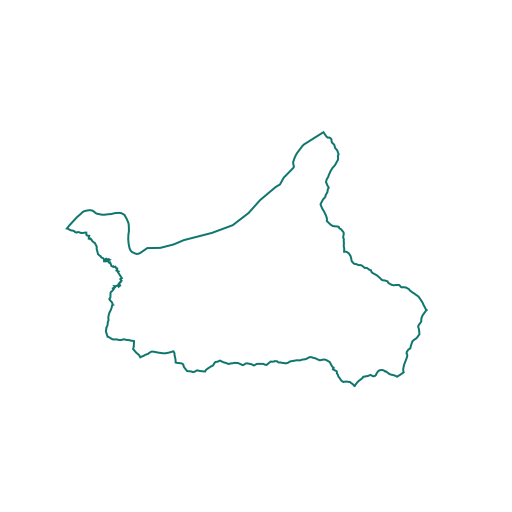 the district of Hangu, Neamt, Romania, rotated 115°
{"feature_id": "2599482B88433775454679", "entity_name": "Hangu", "entity_type": "district", "adm_level": 2, "iso_a3": "ROU", "parent_name": "Romania", "parent_adm1": "Neamt", "projection": "robinson", "projection_center": [26.068, 47.052], "detail": "fine", "context": "isolated", "style": "outline", "palette": "teal", "viewbox_px": 512, "rotation_deg": 115, "n_neighbors": 0, "source": "geoboundaries", "source_scale": "gbopen_adm2", "svg_char_len": 6093}
<svg xmlns="http://www.w3.org/2000/svg" viewBox="0 0 512 512"><g transform="rotate(115 256 256)"><path d="M391.9,356.4L391.7,356.0L391.7,355.2L392.0,352.9L392.1,350.8L391.9,349.9L390.6,347.4L389.8,343.9L389.1,342.6L387.6,341.0L387.3,340.5L386.7,337.6L385.8,335.3L385.5,333.2L384.9,331.7L384.7,330.6L389.5,328.6L392.3,328.0L394.3,323.5L395.2,320.1L396.7,318.0L395.0,316.7L394.2,315.8L392.5,314.7L390.2,312.4L389.0,311.9L386.8,310.3L386.3,309.3L385.5,306.4L385.1,304.5L383.6,299.6L382.6,297.2L380.3,294.0L377.3,290.6L378.1,289.3L378.5,288.9L380.4,287.8L384.0,285.1L386.5,283.8L386.2,282.3L384.9,278.6L384.8,277.3L384.9,276.5L385.2,275.9L386.1,275.4L387.3,274.0L389.4,269.8L388.2,266.4L387.9,265.6L388.0,264.6L387.6,263.8L386.6,262.5L385.0,261.5L384.5,261.0L383.9,258.1L382.3,253.4L380.9,253.3L379.3,252.7L375.5,250.4L373.5,248.8L372.8,248.6L370.9,248.5L369.3,248.0L367.8,245.9L366.1,244.6L366.0,244.3L366.1,241.0L365.6,237.6L365.5,235.3L363.7,233.0L363.2,232.0L361.7,230.0L361.2,228.2L360.7,227.4L360.5,224.6L360.6,222.3L360.3,221.6L359.3,220.8L358.0,220.0L357.3,219.2L357.0,218.5L356.0,214.4L356.1,211.6L353.4,209.6L353.2,209.2L350.7,203.9L350.7,202.1L350.4,200.5L345.7,198.2L345.4,198.0L345.1,196.8L343.8,194.8L343.3,194.5L342.5,192.3L342.9,191.1L342.9,190.2L342.2,189.0L341.5,186.1L341.0,185.2L340.8,183.7L339.4,182.0L337.0,180.4L333.1,174.7L332.1,172.2L331.5,171.4L330.5,170.5L328.8,167.8L327.6,166.6L325.6,165.2L324.6,164.0L324.2,162.5L324.1,161.0L323.6,158.8L323.7,156.4L323.5,154.0L321.2,150.9L320.7,149.4L320.6,148.5L320.9,144.7L321.3,143.7L322.3,142.7L323.5,141.0L324.1,139.9L324.6,138.3L325.5,138.5L326.2,138.4L326.2,138.2L326.0,137.7L326.2,137.2L326.3,136.3L326.3,134.4L327.0,133.6L328.3,133.0L328.9,131.8L330.5,130.3L331.0,129.2L332.8,126.2L333.3,123.6L332.6,122.8L331.3,120.3L330.9,118.5L330.6,118.1L330.5,117.6L331.0,115.9L331.1,114.6L332.2,111.8L331.7,111.4L330.7,111.5L327.4,110.7L325.4,109.9L321.9,108.0L320.2,107.8L319.8,107.4L319.3,106.3L318.6,105.7L317.7,104.1L315.4,102.0L315.5,99.1L315.3,98.5L314.2,97.4L313.0,97.0L311.9,97.1L309.0,96.7L307.3,95.7L306.0,93.4L305.8,92.6L305.8,91.0L306.1,90.2L305.8,89.9L305.9,89.4L305.7,89.1L306.6,85.4L306.4,83.1L306.1,82.2L305.6,78.8L305.8,77.2L301.7,74.5L299.0,73.0L298.5,73.5L296.6,74.7L292.3,75.8L285.0,76.3L282.6,76.7L281.3,77.4L280.6,78.4L279.2,78.8L276.6,78.4L275.6,77.9L274.6,77.1L272.5,77.6L267.3,78.2L265.1,77.3L262.9,75.9L261.5,75.5L257.9,74.8L255.2,76.3L253.2,77.6L251.9,78.9L251.0,79.3L249.5,79.3L246.8,78.7L245.4,78.6L243.2,79.6L240.9,79.9L239.3,79.9L234.0,78.9L232.9,78.5L232.8,79.2L232.5,79.6L230.5,82.1L229.4,83.7L228.7,84.3L227.3,86.2L224.4,91.0L223.9,92.5L223.5,95.1L223.0,97.2L223.0,98.3L222.2,101.9L221.4,103.6L221.2,107.2L221.8,108.3L222.0,109.5L222.7,110.4L222.9,111.2L222.6,112.1L221.8,113.8L222.2,115.1L224.4,119.0L224.8,120.9L224.5,124.7L223.4,126.1L223.8,129.2L224.4,130.7L224.5,131.7L223.4,134.8L222.4,138.5L222.1,143.5L221.6,144.6L220.4,145.8L220.6,147.1L220.0,150.2L220.2,151.2L220.8,152.3L220.8,152.8L220.3,154.3L219.9,156.5L220.2,157.8L220.9,159.1L221.0,161.8L221.5,163.1L221.4,164.6L220.8,165.6L220.5,166.6L220.2,167.1L217.4,169.1L215.8,170.6L215.5,171.4L215.1,171.8L214.5,172.7L214.2,173.8L214.0,175.7L214.4,177.1L214.9,177.9L213.0,178.8L212.2,179.0L209.9,180.7L207.5,181.6L204.8,183.1L203.6,183.5L202.3,184.9L198.4,186.0L197.4,186.9L195.9,190.1L195.6,192.3L194.7,193.1L194.7,194.1L196.4,199.0L196.0,201.8L194.4,206.5L194.0,206.8L193.0,207.1L191.6,207.9L188.8,210.7L188.5,211.3L187.2,212.7L184.8,216.3L182.1,219.2L181.7,219.4L179.1,219.3L176.1,219.1L174.9,218.6L172.8,218.2L171.6,218.6L167.8,218.3L165.2,219.1L163.5,218.9L162.8,219.7L161.5,221.6L160.5,222.5L159.5,223.8L156.8,224.3L153.4,224.0L152.5,224.2L147.7,224.3L144.4,224.0L140.2,222.8L134.3,222.4L132.9,222.8L130.7,224.1L128.9,224.1L125.8,227.2L124.9,229.5L124.5,230.1L122.4,231.8L121.9,232.6L121.1,235.2L118.3,237.1L118.0,237.6L117.7,238.6L117.6,239.5L118.4,240.9L118.3,241.1L118.2,241.8L117.9,242.8L115.3,247.2L134.7,259.7L136.6,260.4L144.9,262.2L147.2,262.5L150.7,262.5L155.1,262.0L155.9,261.7L159.1,259.4L160.3,259.4L173.4,264.0L181.0,264.5L185.3,267.4L203.6,275.9L220.2,280.9L237.9,290.1L253.7,305.7L272.1,328.1L280.4,335.6L289.1,346.2L294.8,357.9L302.5,362.4L304.0,364.0L304.6,365.1L304.8,366.5L304.8,369.9L304.5,371.1L304.0,372.0L302.3,374.0L298.6,376.7L294.8,378.9L290.5,380.7L287.4,381.6L284.6,382.9L281.2,384.7L279.9,385.7L278.6,387.1L277.1,388.8L274.3,392.6L274.1,396.2L274.9,398.7L276.7,401.9L279.5,405.4L280.4,407.3L282.6,410.7L283.6,412.8L284.9,418.1L284.9,419.1L284.1,422.2L284.1,424.2L284.8,426.2L286.0,428.1L287.9,430.5L289.6,431.8L291.9,432.6L296.3,434.6L307.5,438.2L311.0,439.0L310.8,438.1L311.0,435.2L310.8,433.8L310.5,433.2L310.3,431.1L310.8,430.1L310.6,428.6L309.5,427.4L309.1,425.7L309.2,424.7L308.2,422.4L307.3,421.3L306.5,419.7L308.5,418.7L308.5,418.1L308.8,417.5L308.2,415.7L309.8,415.4L310.9,414.9L310.1,413.5L310.3,413.1L310.8,413.0L310.6,412.2L311.6,410.8L312.1,409.3L312.3,407.7L314.3,404.9L315.1,404.2L316.8,403.5L321.1,399.9L321.7,398.1L321.8,396.9L322.7,395.5L322.6,394.0L322.9,392.8L323.9,392.0L325.0,391.5L324.5,390.2L324.3,389.9L323.6,390.6L321.9,390.8L321.8,390.6L322.3,390.0L322.0,389.3L322.3,389.0L321.2,388.6L321.1,387.8L321.2,387.0L322.6,387.9L323.3,388.1L323.9,386.9L323.7,386.8L324.1,385.8L323.6,385.4L324.3,384.9L324.3,384.6L326.1,382.9L326.2,381.5L325.7,381.1L326.0,380.6L325.9,380.0L325.1,379.0L326.4,377.1L326.0,376.5L326.3,376.3L326.9,376.3L327.5,375.8L328.1,376.1L328.1,374.2L328.8,374.6L332.8,368.2L334.3,369.2L335.3,367.4L336.6,368.0L336.9,367.6L337.2,367.7L337.2,367.9L338.9,368.7L340.1,366.7L341.9,367.5L341.0,369.0L342.4,370.1L342.9,370.9L343.1,371.5L343.6,370.5L344.9,370.9L344.7,371.3L345.8,372.1L346.5,371.0L348.8,371.7L350.0,372.3L350.8,372.3L355.0,370.5L356.2,370.5L356.6,370.8L357.4,370.4L358.9,367.0L359.9,365.8L361.0,365.5L361.0,365.1L361.5,365.5L361.9,365.5L363.7,365.0L366.3,364.8L369.5,364.9L370.9,364.7L374.2,363.9L375.9,362.8L376.7,362.5L378.3,362.4L381.6,361.3L384.6,361.3L385.3,360.8L387.2,360.4L388.0,360.0L391.9,356.4Z" fill="none" stroke="#0f766e" stroke-width="2"/></g></svg>